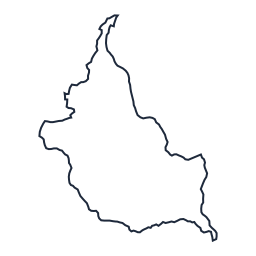 Grão Pará, Santa Catarina, Brazil (Natural Earth projection)
{"feature_id": "56859067B23369075727093", "entity_name": "Grão Pará", "entity_type": "district", "adm_level": 2, "iso_a3": "BRA", "parent_name": "Brazil", "parent_adm1": "Santa Catarina", "projection": "natural_earth1", "projection_center": [-49.313, -28.124], "detail": "fine", "context": "isolated", "style": "outline", "palette": "slate", "viewbox_px": 256, "rotation_deg": 0, "n_neighbors": 0, "source": "geoboundaries", "source_scale": "gbopen_adm2", "svg_char_len": 3015}
<svg xmlns="http://www.w3.org/2000/svg" viewBox="0 0 256 256"><path d="M200.9,154.5L188.3,159.8L185.3,159.3L183.6,157.6L181.3,156.4L179.0,155.5L176.4,154.3L174.2,154.4L171.9,155.6L170.2,154.6L168.3,152.2L165.7,150.2L165.5,147.2L166.8,144.6L167.6,142.0L166.1,138.8L165.0,134.7L163.5,132.1L161.7,128.9L160.3,127.0L159.0,124.5L156.2,122.4L154.8,119.2L152.5,117.9L149.7,117.3L146.5,117.7L143.2,118.4L140.4,117.3L137.6,115.1L136.1,111.4L135.1,108.0L133.8,105.2L133.4,101.4L132.6,98.2L131.8,95.0L131.0,91.8L130.5,88.7L130.1,84.9L129.0,81.6L129.1,78.3L128.5,75.4L127.4,72.9L125.7,70.7L122.9,68.4L120.2,67.0L117.5,65.7L115.9,63.8L114.5,61.3L113.8,58.9L112.7,56.5L111.0,54.6L109.7,52.8L107.5,50.7L106.5,47.0L106.0,43.2L106.2,39.2L106.7,35.1L108.6,32.7L108.9,29.8L109.6,27.2L110.7,25.3L113.8,26.3L114.1,23.7L115.1,20.8L116.2,17.6L117.7,15.5L114.4,15.4L111.6,17.0L109.4,18.3L107.4,18.5L106.4,20.5L105.4,22.6L102.6,24.5L100.7,26.4L99.4,29.0L101.7,30.1L101.7,33.4L100.1,36.2L98.8,38.2L97.1,40.5L97.1,43.7L96.4,46.4L97.4,50.4L95.2,53.1L93.4,55.9L91.9,58.6L91.1,61.9L88.9,63.2L86.5,65.1L87.3,68.0L89.1,70.0L89.0,72.5L88.0,75.8L88.1,78.9L85.8,81.2L83.3,82.1L81.2,82.1L79.0,83.5L76.9,85.3L74.4,85.0L71.9,84.6L69.9,87.8L69.1,91.0L68.6,93.9L66.4,94.1L64.6,93.2L65.0,96.1L65.1,99.4L67.3,99.5L67.1,103.2L66.6,106.7L68.5,108.0L71.0,108.2L73.9,109.4L74.3,111.9L72.0,113.5L70.3,115.2L71.2,117.6L69.3,117.9L66.7,118.9L64.8,119.5L62.3,120.7L58.7,121.0L55.2,121.7L53.1,122.1L50.3,122.1L47.4,121.4L44.9,121.1L43.2,123.7L41.1,127.8L39.8,131.8L39.4,136.1L42.0,137.7L43.7,139.4L44.1,142.4L44.8,145.1L46.2,148.2L48.7,149.1L51.2,149.0L53.9,148.4L56.8,148.4L59.6,150.0L62.0,150.6L63.6,152.7L65.1,154.4L67.5,155.6L68.6,158.2L68.9,160.7L69.0,163.0L70.2,164.7L71.5,168.0L70.4,170.4L69.3,173.3L68.8,176.7L69.0,179.6L69.5,182.9L70.9,185.0L73.0,185.8L74.6,187.6L77.7,189.5L78.9,192.6L80.4,196.0L82.8,198.8L84.7,200.9L86.9,203.2L88.3,206.8L89.0,209.3L91.2,210.8L93.8,211.0L96.1,210.8L98.1,213.0L98.3,216.1L99.2,218.4L101.2,220.3L104.2,220.6L106.8,220.6L109.6,220.6L113.0,221.2L115.4,221.5L117.3,221.6L119.8,222.4L122.5,223.0L125.3,225.2L128.7,226.7L129.4,229.6L131.4,231.4L133.5,230.6L135.5,231.2L137.7,232.2L139.9,232.3L142.4,230.3L144.3,229.3L146.4,228.4L148.3,227.3L150.7,227.8L152.1,225.8L154.2,225.3L156.2,224.4L158.5,225.8L161.1,223.8L163.0,222.0L165.6,223.0L168.6,222.3L171.5,221.5L174.3,222.2L177.5,220.7L180.2,219.3L183.4,219.0L186.0,220.2L187.8,221.3L190.2,221.3L192.2,222.4L194.3,222.0L195.6,223.9L197.5,225.9L200.4,227.9L201.2,230.8L203.9,232.5L206.5,231.9L208.7,231.1L211.0,231.8L211.5,234.1L212.3,237.0L212.8,240.6L216.2,239.1L216.6,236.5L216.6,233.1L215.2,230.9L213.4,229.2L211.8,227.8L209.6,225.4L209.3,221.0L207.9,219.1L206.4,217.1L204.7,215.7L202.7,214.3L201.4,212.2L201.2,208.8L201.6,205.0L203.2,202.5L203.1,198.8L203.4,194.5L202.1,191.6L200.8,189.1L203.0,183.4L204.6,179.7L206.3,177.0L207.1,173.3L205.8,170.1L204.8,167.6L204.3,165.1L205.0,162.6L204.0,159.3L202.0,157.6L200.9,154.5Z" fill="none" stroke="#1e293b" stroke-width="2"/></svg>